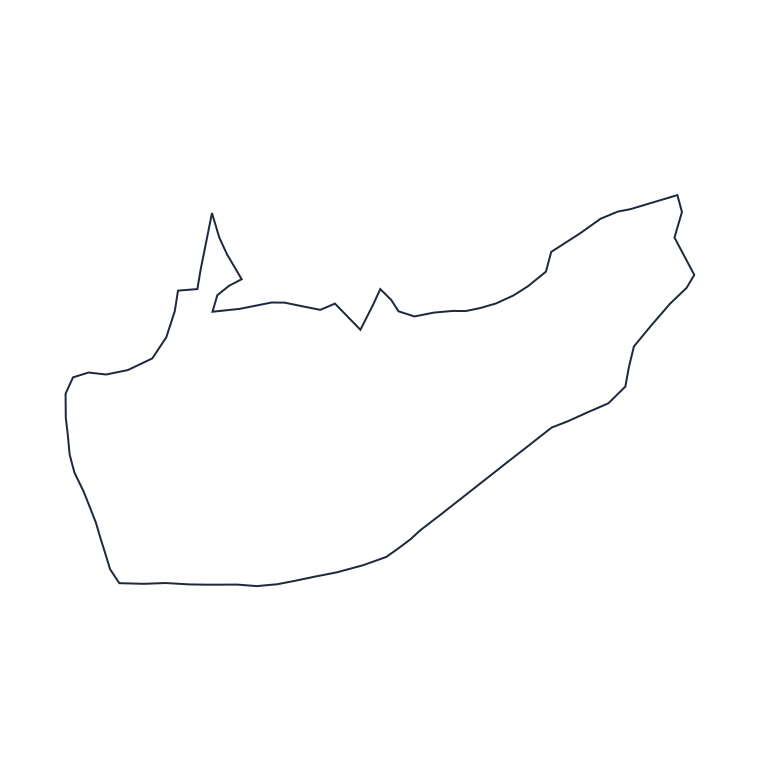 Raposa, Brazil, rotated 174°
{"feature_id": "56859067B6565916351535", "entity_name": "Raposa", "entity_type": "district", "adm_level": 2, "iso_a3": "BRA", "parent_name": "Brazil", "parent_adm1": "", "projection": "robinson", "projection_center": [-44.091, -2.442], "detail": "fine", "context": "isolated", "style": "outline", "palette": "slate", "viewbox_px": 768, "rotation_deg": 174, "n_neighbors": 0, "source": "geoboundaries", "source_scale": "gbopen_adm2", "svg_char_len": 1227}
<svg xmlns="http://www.w3.org/2000/svg" viewBox="0 0 768 768"><g transform="rotate(174 384 384)"><path d="M537.2,572.0L554.5,516.6L559.7,497.9L579.1,498.4L584.5,478.2L595.6,453.3L611.7,433.7L637.5,424.6L659.5,422.5L676.6,426.3L692.6,423.1L701.7,407.6L704.0,383.6L703.8,367.4L704.0,346.6L701.2,328.5L693.9,308.2L689.3,291.8L685.1,276.6L681.8,258.7L678.7,243.5L675.8,228.5L668.1,213.6L644.0,210.4L622.0,208.9L599.0,205.1L581.7,203.0L550.6,199.8L531.7,196.3L511.3,196.0L494.2,197.5L471.4,199.8L450.7,201.6L423.6,206.0L399.8,211.8L388.7,218.0L373.9,226.8L363.3,234.7L340.5,248.7L269.6,293.3L240.9,311.2L221.8,323.2L204.5,327.9L185.3,334.3L162.8,341.4L144.2,356.3L138.7,375.1L131.5,395.3L112.1,414.3L91.1,434.0L73.0,448.0L64.0,460.1L72.3,480.6L79.8,499.3L69.7,523.9L72.5,541.2L100.2,536.0L120.9,532.1L133.6,531.0L151.4,525.7L172.6,513.7L203.9,497.9L211.2,478.8L230.6,466.2L245.8,458.6L264.2,452.4L280.3,449.5L295.0,448.0L308.2,449.5L326.8,449.8L346.7,448.0L362.0,454.8L368.0,466.8L377.8,478.8L386.6,463.9L401.8,440.4L424.4,469.1L439.6,464.4L456.7,469.7L474.3,475.3L487.2,476.8L519.8,473.8L547.0,473.8L540.5,489.7L527.8,497.9L514.6,503.1L526.5,529.2L532.5,546.8L537.2,572.0Z" fill="none" stroke="#1e293b" stroke-width="2"/></g></svg>